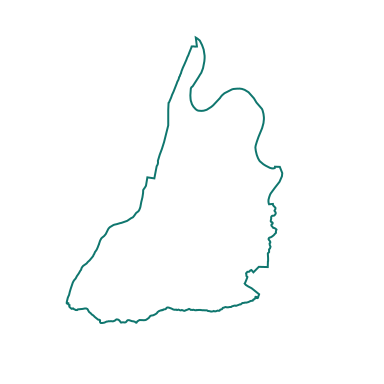 Gardani, Maramures, Romania (Robinson projection), rotated 285°
{"feature_id": "2599482B85171086128342", "entity_name": "Gardani", "entity_type": "district", "adm_level": 2, "iso_a3": "ROU", "parent_name": "Romania", "parent_adm1": "Maramures", "projection": "robinson", "projection_center": [23.284, 47.559], "detail": "fine", "context": "isolated", "style": "outline", "palette": "teal", "viewbox_px": 384, "rotation_deg": 285, "n_neighbors": 0, "source": "geoboundaries", "source_scale": "gbopen_adm2", "svg_char_len": 5909}
<svg xmlns="http://www.w3.org/2000/svg" viewBox="0 0 384 384"><g transform="rotate(285 192 192)"><path d="M239.0,270.3L237.9,265.6L236.5,265.7L235.9,264.6L235.5,263.3L235.5,261.0L236.5,256.3L237.3,253.7L239.3,249.5L240.5,248.2L241.9,246.9L244.7,244.9L248.2,243.0L251.4,241.7L253.4,241.5L257.3,241.6L262.6,242.0L271.9,243.2L277.1,243.2L281.0,242.6L282.8,242.1L286.0,240.8L289.2,239.0L290.4,238.0L295.1,231.1L298.5,227.6L303.0,220.8L304.3,216.4L304.5,213.6L304.2,211.3L303.3,208.3L302.2,205.3L301.4,204.0L295.8,197.8L293.3,196.1L291.7,195.3L290.0,194.7L281.2,190.0L279.2,188.6L275.2,184.9L273.6,182.3L272.8,180.2L272.2,177.0L272.3,175.9L272.9,174.2L274.7,171.4L276.7,169.3L280.1,167.1L281.9,166.4L284.9,165.4L291.5,164.1L292.9,164.3L294.3,165.3L304.6,168.6L307.5,169.4L309.5,170.1L314.5,170.6L321.5,170.1L324.7,169.5L326.9,168.9L332.6,166.4L336.5,163.7L340.3,160.3L341.6,157.4L342.1,155.7L333.8,159.1L333.2,157.3L333.1,156.1L332.8,155.0L332.5,154.0L331.4,154.0L325.7,153.3L322.5,153.0L322.1,152.8L319.9,152.5L318.5,152.4L313.1,151.6L309.6,151.0L305.9,150.6L303.6,150.6L302.5,150.3L300.5,150.2L299.5,149.8L298.2,149.9L296.8,149.8L294.7,149.3L293.1,149.2L284.2,148.2L280.7,147.6L277.8,147.4L272.4,146.6L272.0,146.3L271.1,146.5L265.2,147.8L250.2,151.8L233.0,152.1L226.0,151.8L222.9,151.5L219.8,151.2L213.5,151.0L213.2,151.0L212.7,151.2L211.5,151.6L209.9,151.7L209.2,151.6L207.7,151.2L195.4,152.1L194.6,145.1L186.3,145.9L185.6,145.8L183.4,145.1L181.6,144.4L181.1,144.4L178.4,145.0L174.0,145.5L169.1,145.6L164.1,146.0L162.5,145.9L161.0,145.7L159.5,145.2L157.7,143.8L157.1,143.4L154.3,142.4L152.5,141.6L152.2,141.4L151.0,140.0L147.4,136.9L147.1,136.5L143.9,131.8L143.3,130.6L141.5,127.7L140.3,125.4L139.7,124.6L136.7,121.7L135.2,120.9L134.2,120.6L129.1,119.6L126.7,118.5L124.7,117.0L123.5,116.3L123.1,116.3L121.6,115.9L120.8,115.8L117.5,115.6L117.2,115.7L116.6,115.5L114.4,115.3L111.8,114.9L110.3,114.4L108.8,113.8L107.0,113.6L105.7,113.2L104.6,113.1L103.4,112.6L99.5,110.8L97.3,109.4L95.7,108.7L92.5,106.0L91.2,105.4L89.8,105.0L88.2,105.0L87.1,104.5L84.0,103.7L81.0,102.6L78.3,102.0L76.3,101.0L75.0,100.6L73.6,100.3L67.3,99.9L64.0,99.8L60.7,99.9L59.1,99.6L57.6,99.4L53.7,99.5L52.3,99.7L52.0,99.9L51.9,100.4L52.1,100.8L52.6,101.0L52.5,101.4L51.9,101.4L51.6,101.5L51.3,101.9L51.0,103.0L49.9,103.0L49.3,103.4L49.0,103.9L48.1,105.7L48.0,106.1L48.1,106.4L48.7,107.0L48.8,107.3L48.3,108.2L48.2,109.2L47.9,110.1L48.2,111.5L48.4,111.8L48.9,111.9L49.1,112.2L50.8,116.7L51.7,118.5L52.1,120.0L52.0,120.6L51.9,121.2L51.6,121.6L50.1,123.0L49.4,123.8L48.7,125.5L47.7,127.0L47.5,127.9L46.9,129.2L46.2,130.3L44.4,134.4L44.4,134.7L44.6,135.4L44.5,136.0L44.4,136.3L44.1,136.5L43.3,136.6L42.8,136.7L42.2,137.2L41.9,137.7L42.1,138.8L42.5,139.8L43.0,140.9L43.4,141.5L44.7,143.0L45.1,144.1L45.6,144.9L45.8,145.8L46.4,147.7L46.5,148.8L46.7,149.3L47.7,150.7L49.1,151.7L49.5,152.3L49.6,153.7L49.3,154.7L48.6,155.8L47.6,157.0L47.5,157.3L48.0,158.2L48.2,159.0L48.4,159.7L48.5,160.6L48.9,161.5L49.6,162.1L50.9,162.6L51.3,162.9L51.5,163.1L51.9,164.2L51.9,164.7L51.7,167.4L51.9,168.8L51.9,170.3L51.3,171.7L51.3,172.0L51.6,172.3L52.0,172.3L53.0,172.8L54.5,174.2L54.8,174.6L55.6,178.2L56.0,179.6L56.2,180.0L56.8,180.9L59.1,182.8L60.1,183.3L60.8,183.4L61.5,183.9L61.9,184.3L62.2,184.9L62.8,186.3L63.6,187.3L64.6,188.4L65.8,189.4L67.0,189.8L68.4,190.9L69.6,192.5L70.3,193.7L70.1,193.8L70.6,194.6L71.1,194.9L71.4,195.3L71.7,196.2L72.1,196.9L73.6,197.5L74.1,198.2L74.3,199.2L74.3,199.9L74.1,202.4L73.7,204.1L73.7,205.3L73.9,206.3L74.3,207.1L74.1,208.1L74.9,209.4L74.7,210.8L74.7,211.6L74.9,212.1L75.4,212.7L75.4,212.9L75.2,214.7L75.2,215.3L75.5,215.9L76.1,216.4L76.2,216.7L77.5,218.5L78.3,219.4L78.3,219.9L77.8,221.3L78.1,222.2L78.1,222.8L78.6,223.7L78.6,225.7L78.9,226.5L79.0,226.9L79.3,227.2L79.4,228.1L79.7,228.6L79.8,229.2L80.2,230.3L80.2,230.8L80.4,231.9L80.5,232.8L80.7,233.5L80.9,234.1L81.0,235.0L81.5,236.9L81.5,237.3L81.2,238.1L81.5,240.3L81.4,240.9L81.6,241.9L82.3,243.4L82.7,243.8L82.6,244.8L82.8,245.6L83.1,246.1L84.1,247.5L84.2,248.8L84.5,249.3L85.3,249.6L85.7,249.8L86.5,251.2L87.1,251.5L87.9,251.7L88.2,252.0L88.6,252.8L89.5,254.0L89.6,254.4L89.6,255.4L89.9,256.6L90.7,258.3L91.1,259.6L91.8,260.1L93.0,262.0L93.5,263.0L93.4,263.9L95.2,266.5L95.8,267.2L96.0,268.1L97.8,269.4L98.2,270.4L98.3,270.9L98.8,271.6L99.3,273.3L100.3,275.0L101.9,276.8L102.6,278.4L102.8,278.8L103.8,279.0L104.1,279.3L104.2,279.6L104.7,279.8L104.9,280.1L105.2,280.4L106.1,280.6L106.9,280.4L107.3,280.8L107.2,281.1L107.3,281.5L107.1,282.0L107.0,282.3L106.4,282.3L106.5,282.8L107.1,283.2L107.7,282.9L109.0,283.2L110.1,283.3L110.6,283.3L114.5,274.4L115.3,270.8L116.2,268.0L117.2,266.6L117.4,266.7L119.2,267.0L123.5,267.5L124.1,267.5L124.4,267.4L124.6,266.7L125.0,266.3L126.5,265.8L127.3,265.3L127.6,265.3L128.1,265.7L129.2,266.1L129.5,266.8L129.6,267.5L129.9,267.9L131.4,268.7L132.0,269.6L130.3,272.1L137.0,275.9L139.1,284.6L144.6,283.3L144.9,283.4L147.9,282.6L152.1,281.2L152.6,281.2L153.4,281.8L154.0,282.0L156.5,281.3L157.7,281.9L159.3,282.0L159.7,281.9L160.5,281.1L162.1,280.3L162.6,280.3L163.2,280.7L163.9,280.6L164.7,280.0L165.5,278.9L166.2,278.2L166.8,278.1L167.3,278.2L167.8,278.5L168.2,279.0L168.5,279.6L169.3,280.5L171.2,282.0L172.5,282.7L173.1,282.9L174.1,283.6L174.6,283.6L175.8,283.2L177.6,283.3L178.1,282.3L178.4,281.4L178.5,280.7L178.4,279.9L178.5,279.5L179.0,279.0L180.0,277.5L180.4,277.3L180.9,277.2L181.3,277.3L182.2,278.0L182.9,278.0L183.5,277.3L183.6,276.5L183.7,276.0L184.0,275.7L184.8,275.5L186.7,275.4L188.0,275.0L188.6,275.0L189.4,275.3L189.9,275.8L190.3,277.2L190.7,277.6L191.8,278.2L192.3,278.3L193.0,278.4L193.6,278.2L194.2,277.8L195.0,276.7L195.4,276.5L196.6,276.9L197.1,276.9L198.1,276.8L198.5,276.4L199.7,274.4L200.5,273.5L201.4,273.2L200.1,269.6L200.8,269.1L202.3,268.4L204.2,267.9L207.1,267.9L209.6,268.1L211.0,268.4L217.4,270.9L224.5,273.9L230.5,274.8L233.6,274.3L239.0,270.3Z" fill="none" stroke="#0f766e" stroke-width="2"/></g></svg>